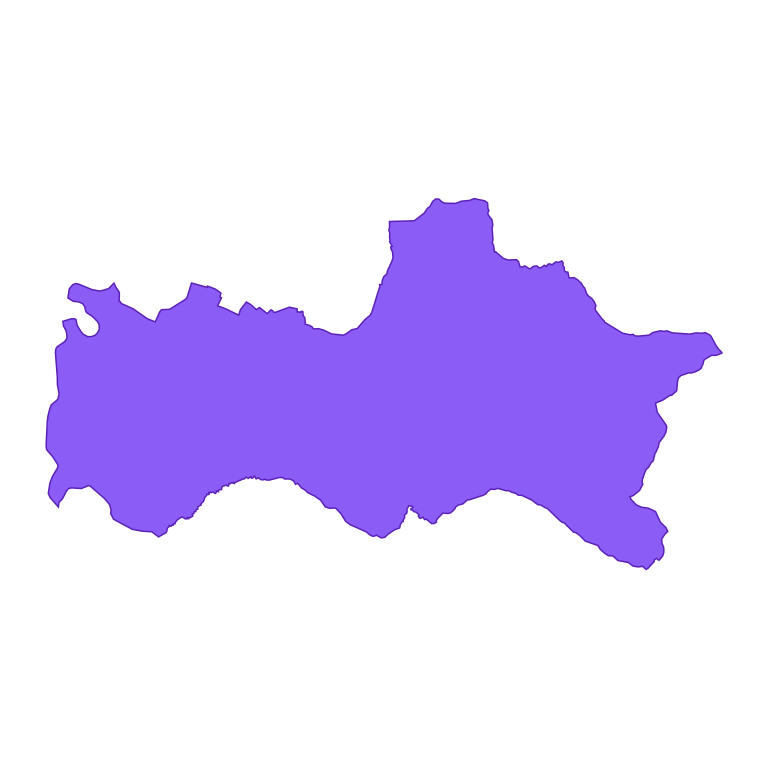 the district of Aita Mare, Covasna, Romania
{"feature_id": "2599482B68791868874365", "entity_name": "Aita Mare", "entity_type": "district", "adm_level": 2, "iso_a3": "ROU", "parent_name": "Romania", "parent_adm1": "Covasna", "projection": "albers", "projection_center": [25.64, 45.977], "detail": "fine", "context": "isolated", "style": "filled", "palette": "violet", "viewbox_px": 768, "rotation_deg": 0, "n_neighbors": 0, "source": "geoboundaries", "source_scale": "gbopen_adm2", "svg_char_len": 6068}
<svg xmlns="http://www.w3.org/2000/svg" viewBox="0 0 768 768"><path d="M662.7,555.9L663.7,552.8L663.9,550.1L663.5,546.7L662.1,543.8L661.6,539.1L665.0,534.0L667.7,531.6L666.0,527.7L660.4,522.2L655.5,511.5L648.1,508.1L641.3,507.2L636.1,504.7L631.3,499.7L629.9,496.7L633.2,495.6L639.4,490.6L640.2,489.3L642.8,484.2L642.1,482.5L642.2,480.1L644.7,472.6L646.3,469.3L648.5,467.4L651.6,462.0L652.6,461.7L653.4,460.2L655.0,453.3L656.0,452.0L658.2,447.1L659.3,442.3L663.8,436.4L665.9,432.2L666.7,427.5L666.4,425.5L657.3,412.4L655.5,403.2L663.0,400.0L670.0,395.3L671.6,395.3L675.7,391.8L676.7,390.5L677.7,380.5L678.5,377.8L680.8,375.6L688.9,372.8L691.1,373.0L695.0,371.9L698.5,370.3L701.1,368.4L703.2,363.4L703.8,360.4L705.5,358.9L711.6,355.3L715.9,355.4L721.8,353.2L721.9,352.6L718.4,348.9L715.8,345.1L711.0,336.2L709.4,334.7L705.3,332.7L702.1,333.2L696.1,332.9L689.9,334.1L672.5,332.9L666.8,330.8L664.1,331.4L660.4,330.8L652.9,332.5L649.1,335.1L638.7,336.1L635.0,335.9L632.9,334.3L630.0,334.8L622.4,333.1L604.7,322.2L604.0,320.6L602.3,319.3L595.5,310.2L595.1,308.9L595.9,305.6L594.3,301.8L591.8,298.5L588.5,296.0L586.7,293.7L584.6,287.8L583.5,287.0L581.5,283.4L577.2,279.5L573.9,277.6L569.1,278.0L567.9,272.2L565.4,271.7L564.3,270.1L564.3,267.5L562.8,265.2L563.2,262.9L561.7,260.9L558.9,262.3L555.9,261.9L553.2,263.7L552.9,264.5L550.7,264.6L550.1,263.8L547.7,264.3L546.6,266.4L544.3,265.3L541.4,267.4L539.3,268.0L537.2,266.0L534.1,266.2L532.4,266.9L531.0,268.4L529.3,268.7L524.8,265.9L522.5,267.0L520.1,266.9L518.4,261.4L516.6,259.7L508.1,260.0L503.0,258.2L495.7,251.8L494.6,252.1L493.5,245.4L492.3,242.6L493.0,239.8L492.1,228.1L492.8,225.2L492.0,219.9L488.0,214.5L487.9,212.6L488.9,210.7L487.9,208.3L487.6,202.9L484.7,200.8L474.2,198.6L469.6,200.4L461.4,201.2L455.7,203.4L444.6,203.2L441.8,201.8L438.9,199.1L435.6,199.0L432.7,201.4L429.8,206.7L427.6,208.1L424.2,213.1L414.2,220.8L389.5,221.5L389.5,227.2L388.8,230.1L389.7,232.7L389.6,238.0L390.1,240.1L389.6,241.7L392.2,246.3L390.9,246.7L391.0,248.9L392.5,251.9L393.0,257.6L391.9,261.3L387.4,270.9L386.9,273.9L383.9,276.5L383.1,278.3L382.2,281.1L381.9,284.5L379.6,284.6L379.9,286.1L371.9,312.0L370.2,315.2L364.8,319.7L357.2,328.6L351.8,329.7L346.2,333.8L343.2,335.2L331.5,333.9L323.2,329.9L318.5,328.7L313.4,328.9L312.2,327.0L309.5,325.4L305.3,324.2L304.9,317.8L303.2,315.6L302.8,311.5L301.2,311.3L301.0,312.3L297.0,311.7L297.2,308.9L289.4,307.2L275.1,312.4L273.7,312.2L273.0,311.0L270.9,309.8L267.3,313.6L259.5,307.5L256.4,309.6L250.9,304.7L246.4,302.0L240.5,309.5L238.7,315.1L225.4,308.7L217.6,305.8L221.5,297.8L219.9,296.9L220.9,293.2L218.9,291.5L215.1,289.0L207.6,286.1L207.4,287.4L191.5,283.0L187.2,297.0L185.8,299.1L169.6,309.3L161.4,309.7L159.8,311.8L155.2,321.9L147.1,318.6L133.0,308.7L121.3,303.5L119.9,301.4L119.1,301.2L119.4,293.7L119.1,291.9L115.8,287.1L114.0,283.1L108.6,288.6L100.1,291.1L92.2,289.7L78.7,284.1L75.6,283.6L72.6,284.8L69.3,288.8L67.9,298.0L73.2,301.3L78.6,301.9L82.6,303.6L84.7,306.5L85.7,311.2L86.7,312.7L92.4,316.4L97.5,321.6L99.1,324.7L99.3,329.4L97.2,333.3L95.1,335.2L91.5,336.6L87.6,336.6L83.0,334.1L80.8,331.4L77.1,325.2L76.0,319.5L74.7,318.8L71.2,318.8L62.9,321.3L63.5,326.0L65.7,330.0L66.6,333.0L67.0,337.7L66.1,339.8L64.4,341.8L57.7,346.4L56.5,347.6L55.8,349.4L55.4,352.2L57.3,377.1L57.4,384.6L59.1,394.0L57.7,399.4L51.2,405.0L49.7,409.0L48.0,415.9L47.2,422.3L46.1,446.1L46.6,449.6L53.0,457.1L57.6,464.4L58.0,465.8L57.8,467.4L52.4,476.6L49.9,483.1L48.3,493.4L50.1,497.6L58.4,507.0L59.0,502.4L62.5,498.7L66.5,491.0L68.4,488.7L71.5,487.9L81.3,488.5L88.6,485.6L90.2,486.1L104.3,498.3L109.5,504.5L111.1,509.9L110.7,513.6L113.4,519.0L114.4,519.7L132.2,529.3L142.1,531.2L151.8,531.8L158.6,536.9L166.1,532.6L166.9,530.9L167.4,528.0L168.9,526.8L169.3,525.5L171.0,526.3L172.1,525.0L173.2,525.2L173.4,523.7L175.0,523.8L175.5,522.1L177.6,519.6L181.4,517.2L182.5,517.1L185.3,518.9L186.2,518.5L186.9,518.9L187.2,517.7L187.9,517.6L188.8,518.6L189.4,517.6L190.1,517.7L192.8,516.1L192.3,514.2L193.7,513.7L194.4,511.7L195.7,511.6L196.2,509.6L197.9,509.0L197.8,506.7L201.1,505.0L200.9,503.9L203.6,501.2L204.9,497.2L206.7,495.4L206.9,494.2L208.7,494.5L209.3,494.0L208.7,492.8L209.4,492.0L211.1,492.7L212.8,492.0L215.2,493.5L216.1,492.8L216.4,491.0L218.5,491.7L218.3,490.5L219.2,489.7L221.6,489.6L221.7,487.4L223.0,486.1L226.1,485.2L228.2,486.2L228.7,485.6L228.8,483.7L230.4,483.7L231.9,482.5L233.1,483.3L233.9,482.6L234.4,483.4L235.4,482.3L241.5,479.7L242.0,479.0L243.8,479.1L246.3,477.1L248.2,478.4L251.1,476.7L251.4,478.0L251.9,478.3L253.2,477.7L254.3,476.2L255.3,476.9L255.8,478.6L256.4,478.8L258.8,478.0L260.7,479.6L263.1,479.9L264.8,479.2L266.2,480.0L269.4,480.1L279.8,477.4L282.9,477.7L284.7,479.0L289.9,479.0L293.6,480.8L295.5,484.3L297.6,483.3L301.5,487.9L305.4,490.3L307.9,492.8L314.4,495.9L320.6,500.2L325.3,506.9L329.7,508.3L334.9,508.0L335.9,508.4L341.1,513.9L345.6,521.3L350.2,524.7L366.5,532.0L369.3,534.5L372.3,536.2L374.3,536.2L376.3,535.2L381.2,537.9L385.0,537.2L387.8,534.4L394.7,529.7L399.6,528.0L400.4,524.5L401.8,522.2L403.3,521.4L403.2,520.2L404.7,517.4L404.5,515.0L406.8,513.2L407.1,511.4L406.9,509.3L408.8,505.7L412.5,506.4L412.9,507.5L410.9,508.7L411.0,509.8L412.7,510.4L414.1,511.8L415.7,512.0L418.8,514.4L419.0,514.9L418.3,515.9L419.5,518.0L420.2,518.4L423.2,517.2L424.5,519.6L426.2,519.2L431.6,523.5L433.8,523.6L436.5,522.1L436.3,520.6L437.7,518.4L442.9,513.1L448.2,513.5L450.6,512.8L453.3,510.5L455.1,508.5L455.3,507.4L457.9,505.2L462.9,503.9L467.4,499.9L469.3,499.8L482.9,495.4L485.7,494.0L487.9,491.3L490.7,489.2L494.8,489.4L497.8,488.4L506.1,490.7L508.8,490.6L511.3,492.1L515.6,493.3L518.1,495.1L521.9,495.4L531.7,500.0L537.7,504.6L540.9,505.0L544.8,507.5L547.4,508.5L559.1,519.9L562.1,522.3L564.1,522.8L573.4,532.0L576.3,532.9L580.0,535.7L585.3,541.1L597.4,545.4L598.3,546.1L599.8,548.8L604.4,553.1L608.2,555.6L612.9,556.0L617.9,560.5L628.4,562.5L632.7,565.9L634.5,566.4L638.5,566.9L642.6,566.4L646.1,569.4L647.9,568.4L653.8,562.0L654.4,561.2L654.1,560.2L655.3,559.1L656.9,558.5L658.0,559.9L659.3,560.1L662.7,555.9Z" fill="#8b5cf6" stroke="#5b21b6" stroke-width="1.5"/></svg>